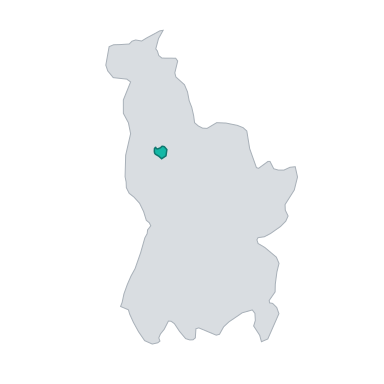 location of Vitanje within Slovenia, rotated 278°
{"feature_id": "SVN-1002", "entity_name": "Vitanje", "entity_type": "Municipality", "adm_level": 1, "iso_a3": "SVN", "parent_name": "Slovenia", "parent_adm1": "", "projection": "albers", "projection_center": [15.317, 46.408], "detail": "fine", "context": "in_parent", "style": "filled", "palette": "teal", "viewbox_px": 384, "rotation_deg": 278, "n_neighbors": 0, "source": "natural_earth", "source_scale": "10m", "svg_char_len": 2046}
<svg xmlns="http://www.w3.org/2000/svg" viewBox="0 0 384 384"><g transform="rotate(278 192 192)"><path d="M348.1,140.9L339.3,137.5L328.7,136.2L326.8,138.1L322.5,140.1L320.4,143.6L322.2,157.2L319.7,159.6L307.6,158.4L303.7,160.0L297.2,169.6L290.5,173.6L282.0,176.5L275.7,180.0L267.8,183.0L261.0,184.9L258.3,189.0L256.7,193.6L257.1,198.1L264.1,206.8L265.0,216.1L264.3,227.6L262.8,233.7L260.0,237.8L242.9,243.1L225.1,252.4L224.7,254.6L232.8,262.9L233.1,265.0L226.4,269.7L225.7,274.5L226.5,280.0L230.1,285.6L231.4,290.7L221.5,294.4L208.2,293.0L192.5,285.9L187.0,286.9L181.6,290.5L176.1,288.9L170.2,284.5L161.7,275.4L157.7,269.8L156.0,263.8L153.7,262.9L150.2,264.6L147.2,271.8L139.2,284.6L133.4,288.1L124.6,287.2L112.3,287.3L104.6,288.2L95.3,283.5L93.0,284.3L92.9,287.3L89.4,292.0L83.6,295.0L57.0,287.5L53.4,281.6L59.5,279.0L67.9,271.7L73.6,272.6L80.6,271.2L83.6,268.1L79.4,258.6L68.6,246.7L62.9,242.1L54.9,239.0L53.6,235.9L58.4,217.6L57.1,214.9L48.0,215.6L45.8,213.6L45.2,210.4L45.9,206.1L52.2,199.1L59.2,192.9L61.1,189.3L60.9,186.6L52.2,183.6L47.0,180.5L42.9,179.4L39.9,181.0L37.9,179.1L35.9,173.8L38.2,165.8L46.2,158.5L54.8,152.1L62.2,147.4L66.5,145.4L68.7,137.2L73.0,138.2L81.7,138.8L91.3,140.8L100.3,143.3L108.2,146.3L124.8,149.6L140.0,151.7L144.5,153.4L148.3,153.3L152.8,155.9L155.6,154.0L157.6,150.7L165.9,146.8L173.5,141.7L178.9,135.2L181.9,130.0L187.1,126.4L192.7,125.4L197.8,123.6L219.2,121.2L241.2,123.1L251.7,119.4L260.3,113.1L272.9,111.3L273.6,111.2L292.5,115.9L293.9,113.1L294.7,111.8L294.3,98.1L300.2,91.7L305.6,89.0L324.4,89.7L326.9,93.9L328.0,100.4L329.8,109.2L333.0,111.6L334.7,115.0L334.5,121.1L338.2,125.6L347.1,137.7L348.1,140.9Z" fill="#d9dde1" stroke="#a8b0b8" stroke-width="1"/><path d="M230.5,161.2L224.2,161.2L220.7,157.3L222.8,154.2L224.2,150.8L224.8,150.0L225.5,149.5L227.2,149.0L229.9,148.8L230.8,149.4L231.1,149.6L231.1,149.9L230.6,150.2L230.1,150.6L229.9,151.1L229.9,152.0L231.4,154.6L232.3,155.3L233.0,155.8L233.2,156.5L233.1,157.9L232.8,158.6L230.5,161.2Z" fill="#14b8a6" stroke="#0f766e" stroke-width="1.5"/></g></svg>